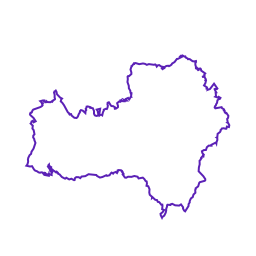 Chiuiesti, Cluj, Romania, rotated 191°
{"feature_id": "2599482B81341835248547", "entity_name": "Chiuiesti", "entity_type": "district", "adm_level": 2, "iso_a3": "ROU", "parent_name": "Romania", "parent_adm1": "Cluj", "projection": "albers", "projection_center": [23.916, 47.321], "detail": "fine", "context": "isolated", "style": "outline", "palette": "violet", "viewbox_px": 256, "rotation_deg": 191, "n_neighbors": 0, "source": "geoboundaries", "source_scale": "gbopen_adm2", "svg_char_len": 5796}
<svg xmlns="http://www.w3.org/2000/svg" viewBox="0 0 256 256"><g transform="rotate(191 128 128)"><path d="M136.7,185.9L135.3,183.2L135.0,181.6L136.9,179.1L137.8,179.0L138.2,178.3L137.5,175.9L137.3,173.0L135.3,169.6L134.7,167.1L132.9,165.1L132.4,163.4L131.7,163.1L131.9,162.9L131.3,162.3L131.6,162.0L131.1,161.3L131.1,159.9L130.8,159.3L131.2,159.3L132.2,156.3L133.2,156.8L133.7,157.5L135.8,156.0L136.5,154.7L137.0,154.8L136.6,154.4L135.3,154.9L134.6,154.6L136.0,154.2L136.4,152.9L136.5,153.6L138.2,153.3L140.1,153.9L141.6,153.4L140.4,153.2L140.1,153.6L140.1,153.0L139.9,152.9L140.6,152.2L141.9,152.2L143.4,150.3L142.0,147.7L141.9,146.4L143.6,144.7L144.6,144.4L144.7,144.7L144.4,145.6L144.6,145.8L146.8,146.6L148.3,146.4L149.0,146.7L151.7,149.6L152.8,148.9L152.7,147.3L152.0,146.0L152.0,144.1L152.4,142.6L153.5,142.6L155.2,141.4L155.0,141.0L155.6,138.6L155.7,135.5L156.6,135.9L157.7,135.6L158.5,134.7L158.8,135.3L159.0,141.6L162.2,140.1L160.7,138.5L160.4,137.1L159.9,136.4L159.7,134.9L160.4,134.2L161.4,133.8L163.0,134.1L164.1,135.5L164.6,138.2L166.3,140.7L168.9,140.6L168.9,141.3L171.7,141.5L172.7,141.1L172.6,140.2L173.2,138.7L172.4,137.7L172.9,136.7L172.7,134.5L175.7,136.4L177.6,136.6L178.4,135.3L178.2,134.3L179.0,132.2L179.4,129.7L180.0,128.6L180.4,128.0L182.6,127.8L185.6,129.4L186.5,130.7L187.8,130.0L188.2,130.3L188.2,131.0L190.0,131.9L195.2,138.2L197.4,140.3L199.1,141.3L199.0,143.3L198.4,144.3L200.4,144.9L203.9,147.4L204.4,148.0L205.0,149.7L206.0,150.9L206.6,149.9L207.1,149.9L207.4,148.7L206.3,146.5L205.9,144.0L205.3,143.0L205.2,142.2L207.2,140.4L207.0,140.1L207.4,139.3L207.9,139.5L209.1,138.5L212.0,138.1L213.3,138.8L213.4,137.7L214.1,137.5L214.7,138.1L215.4,137.9L215.6,138.8L216.1,138.5L216.6,138.9L219.2,137.6L216.5,135.8L217.0,135.4L216.6,134.9L216.6,134.4L216.2,134.1L216.5,133.3L217.9,131.9L224.5,128.0L225.1,127.0L225.5,124.6L225.1,124.1L225.9,124.6L226.6,124.4L226.9,122.9L226.4,122.1L222.6,119.8L219.9,117.0L221.7,115.6L222.8,116.9L223.9,116.0L224.0,114.4L224.4,113.8L221.9,112.1L221.7,109.2L220.2,107.9L218.6,104.0L219.5,102.5L219.3,100.7L217.9,99.2L217.7,98.4L216.0,95.7L216.8,89.7L218.2,86.3L218.2,84.1L219.4,82.6L220.2,79.7L220.2,77.8L219.7,76.4L219.6,75.4L219.8,73.0L220.5,71.6L216.9,71.5L214.9,72.2L212.3,69.3L211.1,68.5L208.8,68.1L207.4,67.4L205.8,67.3L204.8,67.9L203.6,68.0L201.2,66.0L199.2,66.0L201.8,67.5L201.6,68.1L200.6,68.1L200.2,67.5L197.3,66.5L196.7,66.4L197.0,67.5L196.7,67.5L196.7,67.9L196.4,67.5L194.0,67.3L194.6,69.4L193.9,69.8L194.0,70.2L196.2,71.1L196.2,72.3L196.5,71.9L196.7,72.2L196.3,73.1L197.4,73.1L199.1,74.7L198.4,75.3L199.1,76.2L198.6,77.0L198.3,75.9L195.9,74.9L196.1,73.2L195.0,72.9L194.4,71.5L194.0,72.6L193.2,72.1L193.3,71.8L192.2,71.7L190.0,70.6L189.8,70.9L190.1,71.4L189.8,71.6L188.2,70.6L187.9,69.8L186.3,69.4L183.6,67.3L180.4,66.3L179.8,66.4L179.1,67.4L175.9,66.3L173.9,67.4L171.0,66.5L170.5,66.7L170.5,68.6L169.4,69.9L167.0,70.3L165.3,69.7L164.3,71.5L160.7,72.6L157.9,75.1L150.1,75.8L149.2,75.0L146.1,74.0L143.8,75.0L140.3,77.5L139.5,77.0L137.1,78.1L136.2,80.3L135.5,81.1L134.0,80.4L133.8,81.1L131.7,82.5L130.2,81.7L129.7,83.3L129.8,83.8L130.1,83.5L130.1,84.4L129.3,84.9L126.8,85.2L125.7,84.0L125.4,84.4L124.7,83.6L124.3,82.1L123.9,82.4L123.6,82.1L124.3,81.4L121.6,78.8L120.4,78.8L118.6,80.2L115.3,80.7L112.6,82.1L109.3,82.0L108.0,80.5L104.0,82.1L102.2,81.0L100.7,79.4L99.5,79.1L98.8,77.1L98.8,74.8L97.0,74.7L95.2,72.0L94.8,68.7L93.9,66.6L91.2,65.0L91.1,64.0L90.6,64.7L87.5,62.7L85.8,62.8L84.7,61.2L83.2,61.2L80.6,59.0L79.7,59.3L79.3,58.2L79.0,54.8L76.9,54.4L78.0,51.9L79.7,50.0L79.2,48.6L77.5,46.4L77.3,47.2L75.7,48.9L74.8,52.2L74.8,54.6L75.1,55.8L74.7,58.4L74.9,59.6L74.6,60.2L71.8,60.5L71.9,60.9L71.3,61.4L70.1,62.0L67.0,61.1L63.0,61.6L61.4,63.1L58.8,60.7L58.6,59.4L57.1,57.6L56.0,57.1L53.7,63.0L54.0,64.8L53.2,66.8L53.5,67.9L53.0,70.2L52.5,71.3L51.3,72.4L51.0,75.2L49.5,77.3L50.2,80.0L49.9,81.0L50.1,81.7L48.0,84.1L47.6,87.8L47.2,88.5L42.6,90.8L42.2,91.4L42.4,92.6L44.9,95.1L50.4,99.0L50.9,102.9L50.7,106.0L51.5,109.5L50.6,110.9L50.6,111.6L50.1,112.2L50.5,112.7L49.6,114.3L48.8,114.3L49.0,115.0L48.6,115.0L48.7,115.8L48.5,116.2L50.3,117.7L51.0,119.3L49.3,120.8L47.3,121.3L46.9,124.2L45.4,126.1L42.7,126.6L43.0,127.4L39.0,130.5L38.3,129.6L38.4,131.1L38.0,133.3L38.5,135.4L39.1,135.6L38.6,136.0L38.9,139.4L36.9,141.6L36.6,142.6L36.7,143.7L36.2,144.2L35.8,145.4L34.0,146.0L31.6,145.9L31.3,146.1L31.2,148.3L29.1,148.2L29.1,150.1L30.7,152.1L31.5,152.3L31.2,152.6L32.4,155.8L31.7,157.1L31.8,159.1L34.3,161.6L34.9,161.7L35.0,161.3L35.7,161.6L36.2,162.2L36.4,163.3L37.2,163.5L37.0,164.1L37.3,164.6L39.5,165.4L40.1,166.3L46.0,164.0L46.8,164.6L46.8,165.9L46.1,166.8L46.0,168.2L45.4,169.7L45.5,172.2L44.5,173.6L43.4,174.1L43.0,175.2L45.0,175.9L45.5,175.0L48.3,175.4L47.7,176.1L48.7,179.4L48.1,179.7L50.4,182.5L51.0,182.1L50.2,182.9L48.2,183.2L47.8,183.8L52.0,187.9L55.0,181.9L56.7,180.9L56.6,181.2L58.4,181.6L58.2,182.9L61.5,184.3L60.6,186.8L60.5,189.4L61.2,189.6L60.9,190.7L62.8,192.8L65.0,192.3L62.8,193.9L63.3,194.9L62.6,196.3L67.1,198.3L67.6,199.6L68.3,200.2L69.6,199.8L69.6,198.6L70.2,198.2L71.5,199.2L71.5,199.9L71.9,200.4L72.1,200.4L72.1,199.7L72.7,199.6L73.1,201.3L73.9,202.8L74.3,204.8L73.8,205.8L74.1,206.7L75.7,206.0L77.4,205.9L80.6,207.4L82.3,207.0L82.7,207.6L84.6,208.1L85.3,209.1L85.7,208.8L88.4,209.6L88.8,209.1L89.8,209.1L90.3,208.4L88.6,208.2L92.2,205.4L93.2,205.1L94.9,201.6L97.0,199.7L97.4,198.5L98.3,197.5L99.6,196.5L100.3,196.8L102.2,196.2L103.4,195.1L103.7,193.7L104.4,193.6L105.2,192.4L106.1,192.9L105.1,194.7L107.2,194.7L109.4,195.7L110.7,195.2L111.5,193.8L112.6,195.2L113.5,195.6L114.5,195.0L119.7,194.7L121.6,193.6L123.5,194.2L125.6,194.2L129.2,192.8L132.9,193.2L134.4,192.7L134.2,191.9L135.2,191.4L135.8,189.8L136.3,189.5L136.1,189.1L136.4,188.6L136.7,185.9Z" fill="none" stroke="#5b21b6" stroke-width="2"/></g></svg>